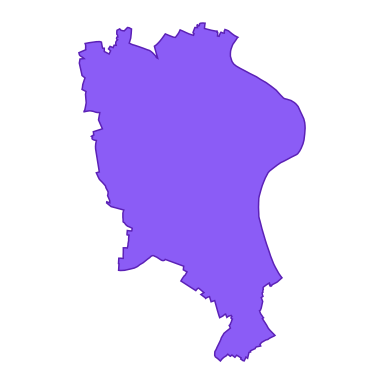 outline of Thuong Tin, Ha Noi, Vietnam
{"feature_id": "81297802B33733008951227", "entity_name": "Thuong Tin", "entity_type": "district", "adm_level": 2, "iso_a3": "VNM", "parent_name": "Vietnam", "parent_adm1": "Ha Noi", "projection": "robinson", "projection_center": [105.871, 20.832], "detail": "fine", "context": "isolated", "style": "filled", "palette": "violet", "viewbox_px": 384, "rotation_deg": 0, "n_neighbors": 0, "source": "geoboundaries", "source_scale": "gbopen_adm2", "svg_char_len": 5829}
<svg xmlns="http://www.w3.org/2000/svg" viewBox="0 0 384 384"><path d="M266.4,82.8L260.5,79.4L256.5,76.8L249.9,73.5L240.1,68.3L236.3,66.1L233.8,64.1L232.0,61.5L231.1,58.7L230.4,56.2L230.4,53.4L230.6,51.0L231.0,49.3L232.0,46.4L232.8,44.4L235.9,40.0L237.4,37.7L237.9,37.3L234.6,35.6L232.1,33.8L228.4,30.8L225.9,29.8L225.0,29.5L224.9,29.9L224.4,30.6L224.2,31.6L224.2,31.9L224.3,32.4L224.3,32.8L224.3,33.1L222.9,33.0L221.0,32.2L220.7,32.6L220.3,33.2L219.7,34.5L219.2,35.9L219.1,36.3L217.5,36.0L217.7,34.2L217.7,32.5L217.0,32.3L217.2,31.2L216.9,31.1L215.9,31.1L215.2,31.0L211.5,30.3L204.5,28.5L204.5,28.0L204.8,25.0L205.1,23.2L202.8,23.0L200.6,23.2L200.1,23.4L199.6,23.8L199.5,24.3L199.5,24.8L199.3,25.5L199.1,25.8L198.7,26.0L198.2,25.8L197.6,24.8L197.1,25.0L197.0,25.3L197.3,27.2L197.4,27.6L194.9,27.5L193.3,31.7L193.0,32.8L194.0,33.6L193.5,35.3L191.5,34.7L189.3,34.0L186.3,32.7L182.9,31.1L180.1,29.9L179.0,32.3L177.8,34.2L176.7,35.7L175.4,37.4L173.6,37.2L171.2,36.3L168.9,35.4L165.3,33.9L162.0,38.5L160.1,40.9L158.5,42.7L156.4,44.8L154.4,46.2L155.2,49.4L157.7,58.3L157.1,58.0L156.6,57.6L156.2,57.2L155.6,56.0L152.6,52.8L150.5,51.1L149.3,50.4L147.4,49.8L143.5,48.3L138.7,46.6L134.5,45.2L132.7,44.7L130.8,43.9L129.2,43.1L129.8,41.2L130.7,38.2L131.2,33.6L131.5,29.0L129.0,27.7L127.5,27.5L124.2,30.9L122.3,30.6L120.9,30.2L119.7,28.9L117.0,30.3L116.8,31.7L116.8,34.2L117.5,34.9L117.8,37.0L117.3,37.0L116.8,37.3L116.5,38.3L116.8,39.2L117.6,39.8L116.8,40.5L116.1,41.5L115.8,42.3L115.7,43.2L115.8,44.1L116.2,45.3L114.1,45.2L113.1,47.6L110.1,46.4L109.5,47.3L108.5,48.9L110.6,50.8L109.1,54.0L108.5,53.7L104.3,51.5L104.3,48.2L102.7,48.2L102.5,47.9L102.0,45.5L101.4,42.1L99.8,41.6L96.5,41.7L89.2,42.7L85.6,43.4L85.1,43.5L85.5,44.6L85.7,45.9L85.6,48.8L85.8,49.7L78.9,52.7L79.4,54.8L79.9,55.5L80.3,55.9L83.2,57.8L84.1,58.6L80.0,59.0L79.3,63.1L81.9,74.8L82.0,75.5L85.0,77.9L84.2,80.1L83.4,82.6L82.8,84.4L82.4,87.6L82.0,89.4L86.0,91.5L85.5,94.3L86.2,102.9L86.1,103.3L85.4,107.1L84.8,110.0L84.2,110.9L84.0,111.4L84.1,111.8L86.9,111.2L89.6,110.8L90.7,110.9L91.9,111.1L93.4,111.4L95.4,112.1L97.1,112.5L99.8,112.6L98.5,119.9L102.4,128.8L93.3,131.7L93.8,135.0L93.2,135.2L91.4,136.3L92.5,137.0L92.1,137.3L92.0,138.1L92.1,138.6L92.3,139.1L92.8,139.4L93.7,139.9L94.7,140.2L96.4,140.5L95.7,144.0L95.5,146.5L95.6,149.0L99.3,171.9L96.3,172.8L98.4,177.4L99.5,179.5L102.2,182.2L105.4,185.8L106.0,187.9L108.1,191.8L108.0,194.1L107.6,195.6L109.7,200.5L109.8,202.8L106.8,201.8L106.6,202.9L111.1,206.6L123.8,210.0L123.3,211.5L122.9,213.1L122.9,214.2L122.9,216.2L122.9,217.3L123.1,219.7L123.1,220.9L123.1,221.6L123.2,221.9L123.3,222.1L123.5,222.3L124.3,222.6L124.5,222.9L125.3,224.0L125.7,224.6L126.3,225.1L126.7,225.5L127.6,226.2L129.3,226.9L132.1,228.2L132.2,228.4L132.0,229.7L131.7,230.9L130.0,230.9L127.3,230.5L127.0,234.2L127.0,234.6L127.0,234.8L127.3,235.0L128.8,235.0L129.0,235.1L128.8,236.5L128.7,237.4L128.6,238.2L128.6,240.7L128.5,241.2L128.1,243.3L128.0,243.9L128.0,244.9L127.9,245.5L127.7,246.5L127.3,248.0L125.8,247.8L123.3,247.8L123.3,252.2L123.2,254.7L123.2,258.4L122.2,258.4L120.7,258.2L118.8,258.2L118.5,263.6L119.0,263.8L118.6,270.3L120.7,270.5L124.6,270.3L130.4,269.0L134.4,268.0L137.5,266.5L139.9,264.6L143.2,262.7L147.5,259.2L149.7,257.6L150.9,256.4L151.7,255.9L152.7,255.6L153.7,255.7L154.8,256.3L156.7,257.1L161.4,260.2L162.3,260.5L163.2,260.6L164.1,260.4L164.8,260.0L165.2,259.4L183.7,266.2L183.3,269.8L187.0,271.9L185.2,275.1L184.2,275.9L182.9,277.7L181.8,279.4L180.9,281.0L195.8,290.6L197.1,289.0L198.0,288.3L198.7,288.2L203.9,292.6L200.9,294.5L205.4,297.9L205.6,298.4L206.2,298.0L207.7,297.2L209.5,296.6L211.1,301.8L214.7,300.6L217.3,310.0L218.8,315.1L219.7,317.7L222.9,316.0L224.9,314.3L225.6,314.1L226.9,317.4L228.5,316.2L231.2,315.4L231.9,316.5L231.1,317.4L231.1,318.3L231.6,318.7L232.4,319.1L231.7,320.4L231.4,321.7L230.4,323.7L230.3,324.5L229.2,325.4L230.4,328.1L229.0,329.2L228.2,329.8L225.9,331.7L224.6,332.8L224.1,333.2L223.7,333.8L222.8,335.4L222.2,336.3L221.2,338.1L220.8,339.5L220.0,341.3L217.8,345.8L217.0,347.4L216.2,349.3L215.1,351.2L214.8,352.0L214.8,353.1L214.7,353.8L214.7,355.4L215.4,356.9L217.7,358.6L220.4,361.0L222.1,358.9L224.0,357.2L226.3,355.8L227.8,354.2L230.1,356.2L230.4,356.3L231.9,355.0L234.9,357.3L236.7,355.2L241.1,357.9L240.7,359.0L242.9,360.6L244.2,360.9L246.0,357.1L247.6,358.3L249.0,352.4L250.6,352.0L250.5,350.8L255.2,348.6L255.5,347.7L256.4,346.9L258.9,346.4L260.7,346.0L260.4,345.2L259.9,344.3L260.4,344.0L261.3,342.7L261.8,342.3L265.8,340.0L266.5,339.8L267.8,339.5L269.3,338.4L271.2,337.4L274.3,335.9L275.0,335.4L270.2,330.5L268.4,328.4L267.5,326.8L266.6,325.1L262.4,318.6L263.5,317.8L263.1,317.4L262.2,316.0L261.3,314.7L260.5,313.5L259.5,310.7L260.5,310.1L260.8,309.1L261.2,308.2L262.7,301.4L261.2,297.6L263.0,296.4L262.2,294.0L262.3,292.6L262.9,292.3L262.8,290.9L262.9,290.1L263.3,289.7L263.1,287.9L263.2,287.4L263.5,287.0L266.2,285.0L268.2,283.6L269.4,283.0L269.7,284.0L269.4,284.5L269.9,285.7L270.5,285.3L270.9,286.2L271.5,285.9L271.8,285.5L271.9,285.1L272.4,284.6L276.6,282.4L277.4,281.9L282.0,277.8L280.8,276.3L278.7,273.3L275.3,267.2L273.6,263.8L270.6,256.1L268.9,250.9L266.6,244.3L265.3,240.2L262.0,229.0L261.5,227.0L259.9,220.7L259.4,219.0L258.9,216.9L258.8,215.6L258.8,214.2L258.7,212.1L258.6,210.1L258.5,207.0L258.6,204.2L258.6,202.9L258.7,200.9L258.8,198.4L259.2,196.2L260.7,190.7L262.2,185.7L263.6,182.1L265.3,178.0L268.1,172.7L269.7,170.9L273.9,167.6L277.3,165.0L280.8,162.6L283.6,161.3L287.8,159.1L291.1,157.3L296.7,154.5L297.8,153.6L299.7,151.0L301.2,148.2L303.0,143.8L304.0,139.9L304.7,134.0L304.9,131.3L305.1,128.2L305.0,125.5L304.7,122.5L303.8,118.9L302.0,114.9L300.8,112.4L298.1,106.5L296.1,104.1L294.4,102.6L291.0,100.5L288.8,99.8L286.8,99.2L284.7,98.7L283.4,98.0L280.6,95.1L278.5,92.8L276.2,90.2L272.4,87.2L266.4,82.8Z" fill="#8b5cf6" stroke="#5b21b6" stroke-width="1.5"/></svg>